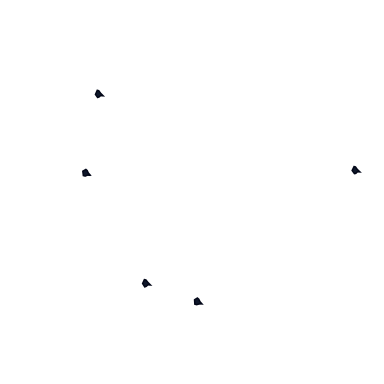 Faafu, Natural Earth projection, rotated 121°
{"feature_id": "MDV-5233", "entity_name": "Faafu", "entity_type": "Atoll", "adm_level": 1, "iso_a3": "MDV", "parent_name": "Maldives", "parent_adm1": "", "projection": "natural_earth1", "projection_center": [72.957, 3.195], "detail": "fine", "context": "isolated", "style": "filled", "palette": "ink", "viewbox_px": 384, "rotation_deg": 121, "n_neighbors": 0, "source": "natural_earth", "source_scale": "10m", "svg_char_len": 755}
<svg xmlns="http://www.w3.org/2000/svg" viewBox="0 0 384 384"><g transform="rotate(121 192 192)"><path d="M282.8,125.8L282.9,126.0L284.3,128.2L286.2,130.0L286.7,131.8L283.1,134.3L282.8,134.2L280.1,132.8L280.4,131.0L281.9,128.7L282.8,125.8ZM230.0,287.8L230.2,288.0L231.3,290.2L233.4,291.8L233.9,293.6L230.4,296.3L227.3,294.6L227.6,292.9L229.1,290.7L230.0,287.8ZM293.1,179.7L294.3,182.0L296.5,182.7L297.7,183.6L295.9,187.2L291.6,187.7L291.1,186.2L292.2,183.3L293.1,179.7ZM88.3,58.4L89.5,60.6L91.7,61.2L92.1,61.6L92.6,62.2L91.1,65.8L86.7,66.2L86.3,64.8L87.5,62.0L88.3,58.4ZM155.3,317.7L156.5,320.0L157.8,320.4L158.4,320.6L159.6,321.6L158.1,325.0L153.6,325.6L153.2,324.1L154.4,321.3L155.3,317.7Z" fill="#0f172a" stroke="#020617" stroke-width="1.5"/></g></svg>